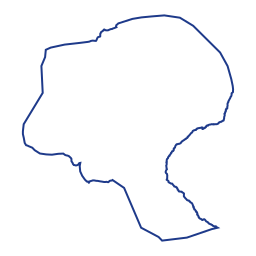 outline of Bukavu, Sud-Kivu, Democratic Republic of the Congo
{"feature_id": "63176286B64827262038855", "entity_name": "Bukavu", "entity_type": "district", "adm_level": 2, "iso_a3": "COD", "parent_name": "Democratic Republic of the Congo", "parent_adm1": "Sud-Kivu", "projection": "albers", "projection_center": [28.866, -2.508], "detail": "fine", "context": "isolated", "style": "outline", "palette": "blue", "viewbox_px": 256, "rotation_deg": 0, "n_neighbors": 0, "source": "geoboundaries", "source_scale": "gbopen_adm2", "svg_char_len": 5803}
<svg xmlns="http://www.w3.org/2000/svg" viewBox="0 0 256 256"><path d="M193.2,25.8L179.9,17.7L164.3,15.4L151.9,16.4L141.4,17.4L132.4,18.9L118.3,23.4L117.4,24.3L116.6,24.9L116.3,25.2L116.2,25.8L116.0,26.2L116.1,26.7L116.4,27.2L114.2,28.1L112.9,28.5L112.3,28.9L110.5,29.2L108.7,30.0L108.3,30.2L108.0,30.3L105.8,30.3L104.8,29.8L104.4,29.5L104.1,29.5L103.7,29.8L103.7,30.2L103.5,30.6L102.8,30.8L101.9,31.6L101.0,32.2L100.8,32.6L100.7,33.2L100.3,33.7L100.2,36.4L100.0,36.6L99.7,36.7L98.4,37.0L97.7,37.4L97.2,38.4L96.3,40.5L96.1,40.8L95.8,40.9L94.5,40.8L92.8,40.6L91.0,40.9L89.4,41.6L87.8,41.9L79.8,42.9L64.6,44.6L50.7,47.6L45.8,49.8L45.1,57.1L41.4,66.0L42.7,92.9L23.7,124.2L22.9,131.3L22.9,134.1L23.8,138.0L24.7,142.9L26.1,145.2L27.5,145.6L28.7,146.2L32.3,147.7L34.7,150.2L39.9,153.5L46.2,154.4L51.9,154.7L58.3,153.8L63.3,153.6L65.0,154.9L66.3,155.4L67.2,155.5L68.7,156.0L70.8,157.9L71.4,158.8L71.5,161.3L72.6,162.9L72.9,163.9L73.8,165.0L74.3,165.0L75.5,165.4L76.4,165.4L77.1,165.2L78.7,164.4L78.8,163.6L79.4,163.1L80.3,162.9L79.7,166.0L80.2,171.4L82.2,175.8L84.9,179.6L86.8,181.5L87.9,181.5L88.2,182.1L88.9,182.7L89.2,182.4L89.3,181.8L89.8,181.3L92.0,180.7L92.8,180.4L94.0,180.4L95.2,180.6L96.1,180.8L97.8,180.9L100.4,181.4L101.9,181.6L103.0,181.8L104.1,182.0L105.4,182.0L106.3,181.8L107.6,182.1L108.4,182.1L109.2,181.4L109.6,180.9L111.2,180.5L111.9,180.5L112.5,180.0L124.1,187.9L141.1,227.7L158.6,237.0L162.1,240.6L186.9,237.6L211.8,229.1L217.7,227.7L217.2,227.4L216.7,227.3L216.0,226.7L215.8,226.3L214.6,226.4L213.7,226.1L213.2,225.8L212.7,225.7L212.2,225.0L211.3,224.7L210.8,224.2L210.3,224.2L209.7,223.9L209.0,223.6L208.8,223.2L208.2,222.8L208.0,222.4L207.7,222.3L207.5,222.0L206.6,221.6L206.1,221.3L205.6,220.6L205.2,220.0L204.4,219.3L203.3,219.4L203.0,219.8L202.8,219.9L202.3,220.0L201.9,219.8L201.5,219.4L200.9,218.9L200.1,218.7L199.1,217.9L198.9,217.6L199.0,217.3L198.6,216.7L198.4,216.6L198.3,215.8L198.0,215.4L197.7,214.9L197.3,214.8L197.1,214.3L197.1,214.1L197.4,213.7L197.0,212.3L196.8,212.1L196.4,212.1L196.0,211.7L196.2,211.4L196.0,211.0L195.5,210.5L195.3,210.1L195.1,209.9L195.0,209.7L194.7,209.5L194.3,209.4L194.2,209.0L194.2,208.5L194.1,208.3L193.7,207.9L193.5,207.6L193.7,207.4L193.8,207.1L193.5,206.4L193.0,206.0L192.9,205.2L192.1,203.4L191.4,202.8L190.5,202.4L190.1,202.0L190.1,201.7L189.5,201.1L189.2,201.1L188.8,200.5L187.8,200.4L187.1,200.1L186.2,199.0L185.5,198.4L184.9,197.6L184.2,196.8L183.9,196.4L183.9,196.1L183.9,194.9L184.0,193.7L183.7,193.2L183.4,193.0L182.0,192.2L181.8,191.8L181.6,191.7L180.0,191.6L179.3,191.5L178.9,191.4L178.7,191.2L178.6,190.5L178.5,190.4L178.4,190.3L178.2,190.0L177.7,189.8L177.5,189.1L177.5,188.6L177.2,188.1L176.9,188.0L176.8,187.7L176.7,187.4L176.4,187.2L176.1,187.2L175.8,186.8L175.2,186.8L174.8,186.6L174.2,186.4L174.1,186.0L172.9,184.7L172.5,184.2L172.3,183.7L171.0,183.5L170.8,183.5L170.5,183.3L170.2,183.1L169.2,182.6L168.9,182.3L168.6,182.2L168.5,181.3L168.4,181.0L168.0,180.7L167.9,180.5L167.0,180.0L166.7,179.8L166.7,179.5L167.0,178.9L167.2,178.4L167.2,177.2L167.2,176.4L167.3,175.8L167.0,174.0L166.5,173.5L166.0,173.0L165.7,172.4L165.7,171.6L166.2,170.2L166.7,169.5L166.9,169.3L166.7,168.4L166.5,168.2L166.5,167.2L166.2,165.7L166.4,165.3L166.6,164.7L166.7,163.2L166.4,162.7L166.4,162.1L166.5,161.9L166.8,161.8L166.8,161.7L166.7,161.2L166.7,160.1L166.9,159.5L167.0,159.1L167.9,158.3L167.9,158.2L168.0,157.6L168.4,156.8L168.7,156.6L168.9,156.2L169.0,156.0L169.4,155.9L169.5,155.3L170.0,154.9L170.7,153.8L170.8,153.4L171.0,153.0L171.3,153.0L171.5,152.8L171.6,152.5L171.7,152.1L171.8,152.0L171.9,151.7L172.1,151.3L172.3,151.2L173.0,151.1L173.6,150.4L173.8,149.8L173.7,149.7L173.6,149.2L173.8,148.5L173.9,148.3L174.4,148.1L175.0,147.5L175.3,146.1L175.9,145.2L176.0,145.0L176.2,144.8L176.3,144.6L176.6,144.3L177.1,144.3L177.3,144.1L177.8,144.1L178.2,143.9L179.3,143.8L180.6,143.2L181.4,142.0L181.9,141.6L182.2,141.2L182.4,141.2L183.4,140.4L184.2,140.0L184.5,139.6L184.8,139.5L185.3,139.2L185.5,138.9L185.8,138.8L186.0,138.8L186.3,138.3L186.5,138.2L187.1,138.0L187.6,137.5L188.0,136.8L187.9,136.6L188.2,136.5L188.8,135.9L189.0,135.6L190.2,134.3L190.7,133.5L191.1,133.1L191.7,132.8L191.9,132.6L192.3,132.1L192.6,131.3L192.9,130.9L193.6,130.5L194.0,130.3L194.4,130.3L195.0,130.0L195.7,130.0L196.0,129.9L196.1,129.5L196.2,129.3L196.7,129.1L196.7,128.9L197.3,128.4L197.8,128.3L198.1,128.3L198.3,128.2L198.5,128.1L199.0,128.1L199.9,127.9L200.5,127.9L200.8,127.8L201.0,127.7L201.8,127.4L202.3,127.5L202.2,128.2L202.3,128.4L202.5,129.0L202.9,129.0L203.5,128.6L203.8,128.5L204.1,128.1L204.3,128.0L204.8,128.0L205.4,127.5L205.3,127.3L205.5,127.0L205.7,126.9L206.0,126.9L206.2,126.4L206.6,126.0L206.6,125.7L206.8,125.6L207.2,125.7L207.3,125.6L207.6,125.6L207.9,125.3L208.0,125.2L208.2,125.3L208.3,125.1L209.2,124.7L209.7,124.6L210.6,124.5L211.5,124.2L212.3,124.3L212.6,124.3L212.9,124.2L213.3,124.4L213.7,124.4L213.8,124.2L214.3,124.3L214.6,124.2L216.4,124.2L217.1,124.1L217.6,123.8L218.2,123.6L218.4,123.4L218.7,122.8L219.5,122.4L219.5,122.2L220.7,121.8L221.3,121.8L221.9,121.4L222.1,121.1L222.8,120.7L223.4,120.7L223.6,120.5L223.8,119.7L224.0,118.8L224.1,118.5L224.2,116.9L224.7,115.5L224.7,115.3L224.6,114.5L224.4,113.9L224.5,113.7L224.9,113.6L225.1,112.8L225.1,112.4L225.3,112.3L225.3,112.2L225.4,111.7L225.6,111.4L225.6,111.2L225.9,111.0L225.9,110.3L225.8,110.0L225.8,109.8L226.2,109.5L226.2,108.9L226.3,108.7L227.0,108.6L227.2,108.4L227.3,108.2L227.3,107.1L227.3,106.6L227.6,105.8L227.5,104.3L227.6,103.3L228.2,102.4L228.3,102.2L228.2,101.9L228.5,101.4L228.6,100.9L228.9,100.4L229.7,98.9L230.1,98.3L230.2,98.0L230.6,96.9L231.1,96.4L231.3,96.0L231.6,94.7L231.6,93.6L231.6,93.4L232.0,92.9L232.5,92.6L232.9,92.2L233.0,91.7L233.0,90.4L233.1,89.5L232.7,85.9L231.3,79.2L227.6,66.1L220.1,52.5L193.2,25.8Z" fill="none" stroke="#1e3a8a" stroke-width="2"/></svg>